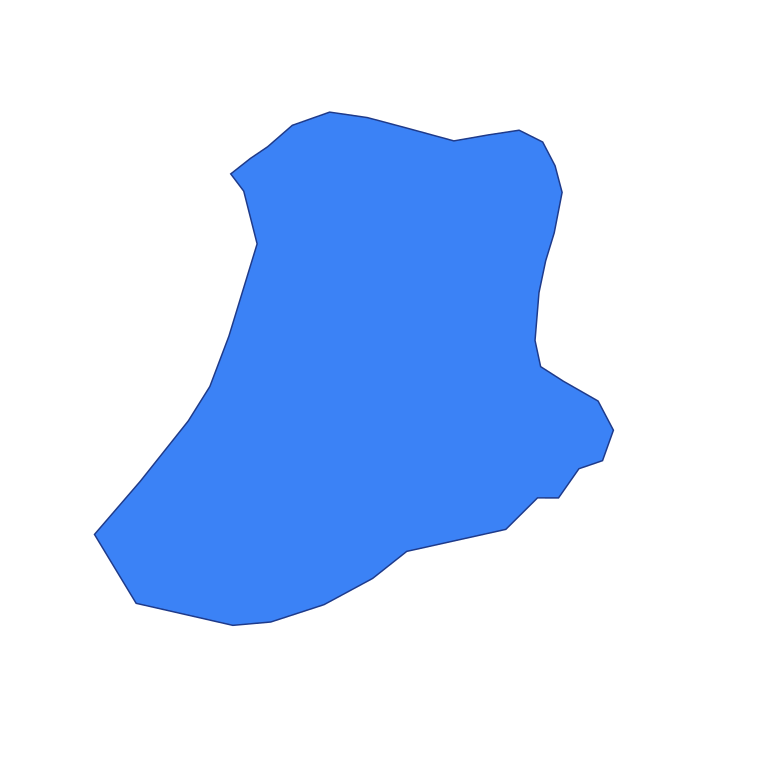 Avgolida, Cyprus (Natural Earth projection), rotated 197°
{"feature_id": "46923920B2873986073585", "entity_name": "Avgolida", "entity_type": "district", "adm_level": 2, "iso_a3": "CYP", "parent_name": "Cyprus", "parent_adm1": "", "projection": "natural_earth1", "projection_center": [33.958, 35.353], "detail": "fine", "context": "isolated", "style": "filled", "palette": "blue", "viewbox_px": 768, "rotation_deg": 197, "n_neighbors": 0, "source": "geoboundaries", "source_scale": "gbopen_adm2", "svg_char_len": 675}
<svg xmlns="http://www.w3.org/2000/svg" viewBox="0 0 768 768"><g transform="rotate(197 384 384)"><path d="M556.9,101.8L458.0,109.0L422.7,123.3L376.8,155.5L338.0,194.8L313.3,230.6L225.0,280.6L203.9,320.0L190.0,324.2L183.8,326.1L172.8,360.0L152.6,374.6L151.1,406.9L174.3,430.3L213.3,439.1L239.3,446.4L252.3,469.8L262.5,516.7L265.4,549.0L265.4,578.3L269.7,619.3L284.2,642.7L303.0,661.8L329.0,666.2L356.5,653.0L388.3,636.9L437.4,635.4L477.9,633.9L515.5,628.1L547.3,604.6L564.7,576.8L577.7,560.7L592.0,540.1L574.5,527.4L546.3,480.9L546.3,420.1L546.3,384.4L549.8,330.7L560.4,291.4L588.6,219.8L616.9,155.5L556.9,101.8Z" fill="#3b82f6" stroke="#1e3a8a" stroke-width="1.5"/></g></svg>